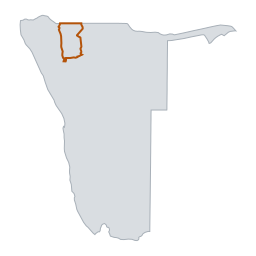 Namibia, with Omusati highlighted
{"feature_id": "NAM-3350", "entity_name": "Omusati", "entity_type": "Region", "adm_level": 1, "iso_a3": "NAM", "parent_name": "Namibia", "parent_adm1": "", "projection": "natural_earth1", "projection_center": [14.875, -18.403], "detail": "fine", "context": "in_parent", "style": "outline", "palette": "amber", "viewbox_px": 256, "rotation_deg": 0, "n_neighbors": 0, "source": "natural_earth", "source_scale": "10m", "svg_char_len": 3666}
<svg xmlns="http://www.w3.org/2000/svg" viewBox="0 0 256 256"><path d="M206.0,28.0L209.4,27.2L212.7,26.5L216.5,25.7L219.5,25.2L220.3,25.0L227.6,25.7L230.7,26.2L231.8,26.6L233.2,27.9L235.9,30.9L235.2,30.8L230.3,31.4L228.4,32.2L224.2,35.7L223.3,35.3L222.3,34.6L221.5,34.3L219.6,35.2L217.8,36.2L215.8,37.6L214.1,39.1L213.5,39.8L210.9,42.7L210.0,43.2L209.3,43.4L209.0,43.3L208.7,42.0L207.1,39.1L204.6,35.3L203.8,34.9L203.3,34.7L201.4,34.9L195.9,36.0L191.2,36.9L184.0,38.5L176.4,39.7L171.6,40.5L167.5,40.7L167.5,44.5L167.4,52.2L167.3,59.9L167.3,67.5L167.2,75.2L167.1,82.9L167.1,90.5L167.0,98.2L166.9,105.9L166.9,109.2L166.8,110.0L164.4,110.0L159.1,110.0L154.7,110.0L151.1,110.0L151.0,114.5L151.0,119.9L150.9,125.3L150.9,130.7L150.8,136.1L150.8,141.5L150.7,146.9L150.7,152.3L150.6,157.7L150.6,161.8L150.6,162.2L150.5,170.1L150.4,178.5L150.3,186.9L150.2,195.3L150.1,203.7L150.0,212.0L149.9,220.4L149.8,228.8L149.8,231.5L148.2,231.4L145.0,232.4L142.9,233.8L142.0,235.4L140.8,236.4L139.4,236.8L138.7,237.6L138.9,238.9L138.3,239.9L137.0,240.6L134.9,240.4L132.0,239.3L128.3,239.1L123.8,239.6L120.5,239.4L118.6,238.2L116.5,237.6L114.3,237.4L113.0,237.0L110.4,236.1L109.9,234.7L109.6,233.6L108.9,232.4L108.8,231.5L109.4,230.7L109.5,229.6L109.1,228.0L108.3,227.3L107.3,227.3L106.7,226.7L106.4,225.4L105.8,224.5L104.4,223.5L102.5,224.3L101.5,225.4L101.0,227.1L100.5,227.9L100.3,229.4L100.2,230.4L99.7,231.5L99.2,231.9L98.6,231.7L97.6,232.1L95.5,233.7L94.9,234.6L93.1,233.1L88.0,227.3L86.2,225.8L83.6,222.3L77.7,211.4L76.8,209.3L75.7,204.0L74.4,200.1L74.3,197.8L74.9,196.6L74.5,194.8L73.9,193.3L71.9,191.3L71.3,184.5L69.9,180.1L70.2,176.5L69.6,173.2L69.5,171.1L69.8,167.1L68.7,162.4L66.5,157.9L64.5,151.4L64.3,148.5L64.5,140.9L64.1,137.7L64.1,134.1L63.3,130.3L63.0,128.2L63.5,126.5L63.9,127.0L64.4,127.3L64.8,125.1L64.9,123.2L63.9,118.4L61.7,113.5L56.2,105.6L54.8,102.6L54.0,100.0L47.8,89.6L45.2,82.2L43.3,75.8L41.3,72.9L32.0,52.2L29.9,48.9L26.2,44.9L25.3,43.6L23.9,39.8L21.0,34.8L20.4,30.1L20.1,24.7L20.5,20.6L23.0,20.2L24.8,19.1L26.4,19.1L28.0,19.9L29.6,20.0L30.3,19.8L33.3,20.0L35.0,19.0L37.1,18.0L38.3,17.1L39.9,16.3L42.1,15.4L43.4,15.4L44.9,15.8L46.9,16.1L48.1,16.7L49.5,18.6L51.6,20.4L53.1,21.4L54.9,22.7L55.5,23.3L56.3,23.6L56.7,23.6L60.1,23.4L63.1,23.2L66.3,23.3L72.4,23.3L78.5,23.3L84.6,23.3L90.7,23.3L96.8,23.3L102.9,23.3L109.0,23.3L115.1,23.3L117.6,23.3L122.0,23.4L126.6,23.5L127.1,23.6L127.6,23.9L128.0,24.3L129.6,26.7L131.7,29.2L133.4,30.4L135.4,31.1L137.4,31.3L139.2,31.2L142.1,31.5L146.3,32.3L150.7,32.5L155.2,32.2L158.3,32.6L160.1,33.9L162.0,34.7L163.9,35.1L166.5,34.9L169.8,33.9L172.6,34.1L173.8,34.7L174.6,34.8L179.4,33.8L183.3,33.0L189.1,31.7L193.9,30.6L201.0,29.1L206.0,28.0Z" fill="#d9dde1" stroke="#a8b0b8" stroke-width="1"/><path d="M61.0,23.3L65.1,23.3L69.2,23.3L73.3,23.3L77.4,23.3L81.3,23.3L81.3,24.5L81.8,25.6L82.2,26.3L82.4,26.6L82.6,27.2L82.7,28.7L77.0,35.2L77.0,35.5L79.1,36.9L79.8,37.1L80.4,37.6L80.5,38.5L80.6,39.5L81.4,46.5L81.1,47.5L80.5,48.4L80.6,49.4L81.3,51.4L81.2,52.5L80.6,53.2L80.8,53.8L81.2,54.3L81.6,54.5L82.0,54.7L81.5,55.0L80.8,55.1L80.2,55.5L79.6,55.9L79.0,56.1L78.4,56.3L77.9,56.5L77.4,56.6L77.4,56.9L77.4,57.1L75.7,57.7L74.8,57.6L73.8,57.4L70.2,58.0L65.8,58.0L65.0,58.2L65.0,58.9L65.1,59.7L66.0,59.7L65.9,60.7L65.6,61.4L63.6,61.3L63.8,60.5L64.0,60.3L64.2,60.0L64.1,59.1L63.7,58.5L63.3,58.1L63.0,57.6L62.3,55.4L62.4,53.5L62.7,51.5L62.4,50.5L62.0,49.4L61.3,47.2L61.2,45.9L61.4,43.2L61.1,36.2L60.6,33.9L59.1,30.4L58.9,29.5L59.2,29.1L59.3,28.8L59.4,28.5L59.4,28.0L59.4,27.6L58.7,27.1L58.6,26.6L59.0,26.2L59.5,25.3L59.6,24.9L59.9,24.3L60.0,24.0L59.9,23.8L59.9,23.7L60.0,23.3L61.0,23.3Z" fill="none" stroke="#b45309" stroke-width="2"/></svg>